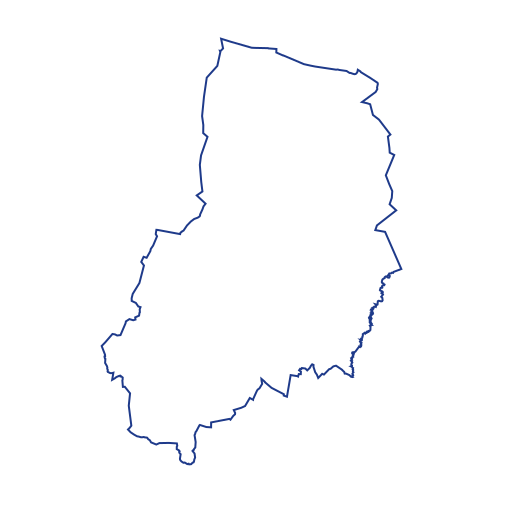 the district of Ķeipenes pag., Ogre, Latvia, rotated 95°
{"feature_id": "27541924B50281047357310", "entity_name": "Ķeipenes pag.", "entity_type": "district", "adm_level": 2, "iso_a3": "LVA", "parent_name": "Latvia", "parent_adm1": "Ogre", "projection": "albers", "projection_center": [25.174, 56.905], "detail": "fine", "context": "isolated", "style": "outline", "palette": "blue", "viewbox_px": 512, "rotation_deg": 95, "n_neighbors": 0, "source": "geoboundaries", "source_scale": "gbopen_adm2", "svg_char_len": 6039}
<svg xmlns="http://www.w3.org/2000/svg" viewBox="0 0 512 512"><g transform="rotate(95 256 256)"><path d="M368.1,149.0L367.7,149.4L366.8,149.5L366.3,148.8L366.0,148.9L365.6,149.5L364.7,149.7L363.3,148.8L362.7,149.4L362.2,149.5L361.2,149.2L360.8,149.3L360.5,149.8L359.2,149.5L358.9,150.2L358.1,150.8L357.8,151.5L357.6,150.8L356.9,150.8L356.8,151.3L356.2,151.6L354.9,151.5L353.8,150.8L353.0,151.5L352.3,151.2L351.9,152.2L351.2,151.7L350.4,152.0L350.6,151.4L350.1,151.3L349.5,151.9L349.1,151.9L348.7,151.7L348.5,151.0L348.2,151.0L347.9,150.4L347.0,150.9L346.0,150.2L344.7,151.7L344.1,151.8L343.6,151.6L343.4,150.9L344.7,150.3L344.5,150.0L343.1,149.4L342.5,148.6L338.1,145.9L337.7,145.4L337.7,145.0L337.2,145.2L337.2,143.8L337.0,143.5L336.2,143.3L335.8,143.4L335.5,143.9L335.1,143.4L334.0,143.9L333.4,143.4L333.0,144.1L332.3,144.5L332.5,144.7L332.2,145.0L331.3,144.5L331.3,143.9L331.1,143.7L330.7,144.2L330.8,143.6L330.8,143.3L330.4,143.1L329.5,143.4L329.5,144.3L329.0,144.0L328.9,143.4L328.1,142.9L327.0,143.0L326.3,142.6L324.5,142.8L323.0,141.0L323.8,140.4L323.1,139.8L323.0,139.2L322.1,139.2L321.5,138.7L321.6,138.1L322.0,137.9L321.9,137.5L321.7,137.3L321.2,137.7L320.8,137.3L320.6,136.2L319.7,135.6L315.9,135.8L315.9,136.2L315.6,136.4L315.3,135.6L315.0,135.6L314.9,136.0L314.5,135.7L314.5,134.8L313.9,135.4L313.4,134.8L312.8,135.3L313.0,135.7L312.5,135.8L312.6,136.3L312.1,136.4L312.2,136.9L312.0,137.0L311.5,136.5L310.6,136.5L310.7,137.0L310.4,137.1L309.8,137.1L309.7,136.8L310.4,136.1L309.8,136.1L309.6,136.6L309.3,136.5L309.5,136.0L308.1,135.4L307.4,135.9L308.1,137.9L307.7,138.1L305.8,137.1L305.5,136.2L305.1,135.9L304.6,136.2L303.9,135.9L303.8,136.2L304.4,136.5L304.0,136.8L303.4,136.3L303.4,135.5L304.0,135.0L303.7,134.7L303.1,135.1L302.6,135.1L302.5,134.6L302.2,134.7L302.0,135.3L301.6,135.3L301.6,136.3L300.8,135.8L300.9,135.5L300.3,135.3L299.8,135.6L299.6,136.9L299.1,136.7L298.8,136.3L298.6,134.7L298.4,134.5L297.4,134.4L297.2,134.8L297.0,134.2L296.5,134.2L296.1,133.8L296.0,133.1L296.3,132.2L294.6,131.9L293.7,132.8L294.0,131.0L293.8,130.7L290.5,130.7L290.1,130.3L289.9,129.8L290.3,127.4L290.0,126.4L289.0,126.0L286.7,126.5L285.7,127.7L283.3,126.1L282.8,126.5L282.2,127.8L281.7,127.7L281.4,127.3L281.5,126.7L281.2,126.5L280.7,126.6L280.3,127.0L279.6,129.2L279.2,129.6L276.9,129.1L276.7,128.7L276.7,127.6L276.5,127.4L275.4,127.8L274.6,127.6L274.1,126.7L274.1,126.0L273.7,125.6L273.3,125.5L273.1,126.2L272.3,126.6L272.0,127.7L271.4,128.3L270.3,128.4L268.4,128.0L267.4,127.0L266.8,125.9L265.9,125.9L265.1,125.1L265.1,124.4L266.0,122.7L266.0,121.8L265.9,121.4L264.7,121.0L264.0,121.1L263.7,121.9L263.7,122.8L263.2,122.4L261.8,121.7L261.7,120.6L261.5,119.9L260.7,119.1L260.9,118.0L259.8,117.5L256.3,110.1L220.7,129.5L219.8,139.4L215.0,138.2L198.3,120.3L192.8,127.4L186.3,125.8L179.5,125.9L172.5,129.7L164.3,133.7L143.3,127.1L141.4,131.8L136.8,132.5L125.5,135.0L123.3,132.7L109.4,145.4L105.3,151.8L94.9,155.5L94.2,158.3L93.4,163.8L82.2,151.1L79.2,149.7L77.7,150.1L74.0,149.6L72.9,150.0L68.7,157.6L63.7,167.6L63.0,168.1L61.6,170.8L63.6,171.0L65.1,171.7L66.0,172.6L66.3,173.8L66.0,175.5L65.4,177.7L65.5,178.7L63.8,181.9L63.4,189.1L63.1,190.8L63.4,192.5L62.1,213.6L61.6,218.2L60.7,225.0L53.8,246.3L53.9,246.5L51.5,253.5L48.0,253.7L48.1,261.8L47.9,262.1L48.8,275.6L48.9,278.5L44.8,299.6L42.6,309.7L52.1,306.9L54.9,309.2L54.8,309.8L55.9,309.3L70.0,311.1L82.6,320.6L101.8,321.7L121.3,321.9L130.1,319.9L138.2,319.3L141.5,314.7L160.5,319.5L170.1,319.9L187.0,317.0L196.4,315.0L200.8,320.3L208.3,310.8L211.1,312.6L214.2,313.4L219.5,315.3L220.8,315.3L221.6,315.8L222.9,317.4L224.5,320.8L227.3,323.9L231.6,327.4L237.0,330.4L238.3,332.3L238.6,332.3L239.4,333.3L240.8,333.5L238.6,356.4L238.6,357.5L242.9,357.8L245.0,356.3L254.6,359.4L258.1,361.4L260.4,361.7L267.3,364.8L266.6,367.9L271.9,369.8L275.2,366.8L293.1,369.8L304.5,375.5L308.9,376.2L311.6,375.9L313.2,371.6L316.6,368.8L316.7,367.9L317.0,366.6L319.2,367.2L322.2,366.8L322.6,367.1L325.6,367.3L327.7,371.0L329.8,370.5L330.7,372.7L329.9,376.6L332.5,379.9L334.4,380.1L346.6,384.1L347.3,387.4L346.4,389.6L346.2,392.2L355.2,398.7L359.1,401.9L367.5,397.8L368.8,397.6L369.0,397.9L369.3,397.7L369.7,398.1L371.4,397.5L371.6,397.1L375.7,397.0L378.5,395.0L379.9,394.4L381.3,394.4L382.4,393.7L383.9,393.8L384.4,393.5L384.6,392.7L385.1,391.9L385.4,390.5L385.2,389.2L384.7,387.9L391.9,388.5L390.1,385.9L388.8,384.6L387.5,382.2L387.0,380.8L387.4,380.2L387.8,380.2L387.7,379.7L388.7,378.2L390.9,378.1L391.6,378.3L398.0,377.2L397.7,375.3L403.8,369.5L416.2,369.7L435.9,365.4L438.1,366.8L440.0,368.4L441.5,366.7L442.5,365.6L444.6,361.8L446.0,358.7L446.1,357.2L446.6,354.8L446.5,353.6L446.1,352.0L446.4,350.9L446.4,349.3L446.5,348.6L447.9,347.4L448.8,345.7L450.8,344.3L452.5,338.9L450.8,335.9L449.8,326.5L449.6,318.5L451.9,317.9L452.9,318.3L455.3,318.1L456.4,315.7L457.1,315.1L457.6,315.5L458.2,315.4L459.1,314.9L460.0,313.8L464.4,314.1L465.5,313.9L466.3,313.3L467.2,312.3L468.2,310.5L468.3,309.9L468.0,309.5L468.0,308.9L469.3,306.3L468.8,305.0L469.4,304.5L469.3,303.7L469.0,302.4L467.3,301.1L467.1,300.3L466.3,299.9L464.0,299.7L462.1,299.1L458.1,300.0L455.7,302.3L455.3,302.1L455.2,301.5L454.5,301.2L454.4,301.0L453.5,300.8L452.1,299.8L446.6,299.9L439.8,301.6L438.5,301.1L436.8,300.9L435.6,300.1L429.6,297.6L429.2,297.2L430.7,290.6L430.6,285.8L425.7,286.2L420.6,268.3L421.3,267.2L417.2,264.7L415.5,263.1L414.2,263.1L411.4,264.7L408.5,257.5L406.4,253.8L398.0,249.8L399.5,246.4L398.9,246.4L390.6,243.5L389.0,242.7L387.5,241.0L382.8,238.7L379.7,239.6L377.9,239.9L380.5,236.3L380.9,236.2L386.0,229.0L391.3,216.2L392.6,216.2L393.5,212.9L371.6,211.1L372.1,204.1L372.4,203.6L369.9,203.1L369.8,201.1L367.2,201.2L366.1,203.1L364.5,202.2L364.6,200.9L363.6,200.5L363.8,197.0L365.5,195.0L362.7,192.6L360.7,191.8L359.0,190.6L359.5,189.2L361.4,189.1L366.6,186.9L368.9,185.0L372.1,183.4L367.6,179.8L368.2,178.0L362.3,173.2L361.9,171.9L359.2,169.3L358.3,166.7L361.9,160.2L362.2,160.1L363.8,158.0L365.4,157.4L365.3,156.1L366.5,152.6L368.0,150.8L368.2,149.2L368.1,149.0Z" fill="none" stroke="#1e3a8a" stroke-width="2"/></g></svg>